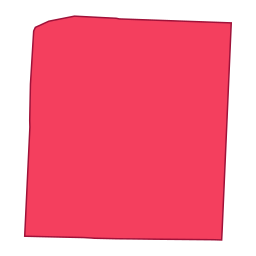 Fayette, Tennessee, United States of America (orthographic projection), rotated 1°
{"feature_id": "52423323B86424015189760", "entity_name": "Fayette", "entity_type": "district", "adm_level": 2, "iso_a3": "USA", "parent_name": "United States of America", "parent_adm1": "Tennessee", "projection": "orthographic", "projection_center": [-89.459, 35.199], "detail": "fine", "context": "isolated", "style": "filled", "palette": "rose", "viewbox_px": 256, "rotation_deg": 1, "n_neighbors": 0, "source": "geoboundaries", "source_scale": "gbopen_adm2", "svg_char_len": 424}
<svg xmlns="http://www.w3.org/2000/svg" viewBox="0 0 256 256"><g transform="rotate(1 128 128)"><path d="M223.6,238.3L223.9,229.0L229.4,21.1L117.4,19.1L114.4,18.5L101.7,18.1L72.5,17.1L47.0,22.6L33.6,29.0L32.0,32.7L29.7,85.9L29.6,122.2L29.9,128.7L26.6,238.0L61.5,238.2L85.4,238.3L93.1,238.6L96.1,238.8L119.0,238.9L132.0,238.8L155.4,238.7L215.2,238.2L223.6,238.3Z" fill="#f43f5e" stroke="#9f1239" stroke-width="1.5"/></g></svg>